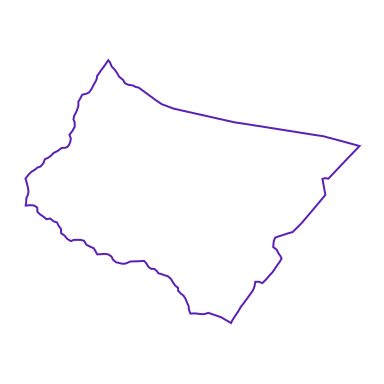 Olindina, Bahia, Brazil, rotated 271°
{"feature_id": "56859067B31998944625923", "entity_name": "Olindina", "entity_type": "district", "adm_level": 2, "iso_a3": "BRA", "parent_name": "Brazil", "parent_adm1": "Bahia", "projection": "orthographic", "projection_center": [-38.373, -11.445], "detail": "fine", "context": "isolated", "style": "outline", "palette": "violet", "viewbox_px": 384, "rotation_deg": 271, "n_neighbors": 0, "source": "geoboundaries", "source_scale": "gbopen_adm2", "svg_char_len": 2260}
<svg xmlns="http://www.w3.org/2000/svg" viewBox="0 0 384 384"><g transform="rotate(271 192 192)"><path d="M322.3,106.0L319.9,104.4L316.1,101.9L311.9,98.8L308.7,96.8L306.2,95.0L303.5,94.8L300.5,93.5L297.3,91.7L293.5,89.9L289.8,87.4L288.5,84.9L287.3,80.5L283.3,78.5L280.3,76.8L276.2,76.9L272.5,75.8L269.8,74.8L266.0,72.8L262.5,72.2L259.6,73.5L255.2,73.6L250.9,71.3L247.1,68.5L243.4,69.9L240.0,69.4L237.3,68.4L234.9,66.7L233.9,64.1L233.8,60.9L231.1,57.6L228.5,52.8L225.7,50.2L223.8,47.8L222.2,44.3L218.2,42.9L214.8,40.1L213.8,37.1L211.4,34.3L209.3,30.9L206.4,28.2L202.5,25.3L199.0,26.4L196.4,27.1L193.3,28.0L189.2,28.5L186.6,28.0L182.9,26.5L179.7,26.4L175.5,26.0L176.0,30.0L175.8,34.2L173.8,37.5L169.4,37.8L167.0,40.4L164.8,43.8L162.3,46.9L163.0,50.8L160.3,54.0L159.2,57.6L156.2,59.0L152.9,61.6L148.4,61.9L146.3,65.2L142.9,68.1L140.8,71.8L142.1,74.8L142.1,77.6L142.2,81.7L141.3,84.9L137.3,87.5L135.6,91.1L134.0,94.8L131.7,96.2L128.0,98.3L128.2,101.9L128.6,105.4L128.2,109.3L126.1,112.6L123.0,114.1L120.5,117.2L119.7,120.5L119.0,123.9L119.4,127.2L121.4,131.4L121.7,136.7L121.9,141.0L122.3,145.2L120.0,147.5L116.3,149.8L114.4,152.7L114.5,155.6L112.4,158.2L110.1,159.8L109.4,162.9L108.3,165.8L107.5,169.1L104.9,172.3L100.8,174.9L97.9,177.1L96.1,179.6L93.0,179.9L90.7,182.1L88.3,185.2L85.3,187.3L81.0,189.1L77.7,190.7L74.6,190.9L70.4,192.5L70.7,197.4L70.2,201.7L70.0,204.9L70.4,207.6L71.5,210.3L67.4,223.1L61.7,233.3L64.3,234.5L67.1,236.2L70.8,238.6L74.1,240.7L76.9,242.2L79.2,243.7L81.7,245.6L85.4,248.2L88.7,250.5L91.6,252.5L94.0,254.2L97.0,255.6L99.6,256.3L103.3,256.8L103.4,260.6L102.1,263.9L104.8,266.6L107.0,268.6L109.2,270.3L111.1,272.0L113.1,273.8L115.5,275.4L118.0,277.0L121.3,279.2L124.0,281.1L127.1,282.7L129.5,281.5L131.8,279.8L135.9,277.6L138.3,274.2L142.1,274.4L144.8,274.8L147.8,275.9L149.3,279.8L150.3,282.9L151.6,286.6L152.8,290.2L153.7,293.3L162.5,301.9L181.0,317.0L191.4,325.4L207.4,322.2L208.2,324.9L207.7,328.1L229.5,348.1L240.9,358.7L243.2,349.7L246.0,338.7L250.1,322.1L251.2,313.6L261.6,239.7L262.4,233.3L275.0,172.3L279.2,160.4L283.2,154.2L295.5,136.8L296.0,133.9L297.5,131.0L298.1,126.5L299.5,123.1L302.9,121.1L305.9,117.2L309.8,114.9L313.1,112.5L316.2,109.4L319.9,107.9L322.3,106.0Z" fill="none" stroke="#5b21b6" stroke-width="2"/></g></svg>